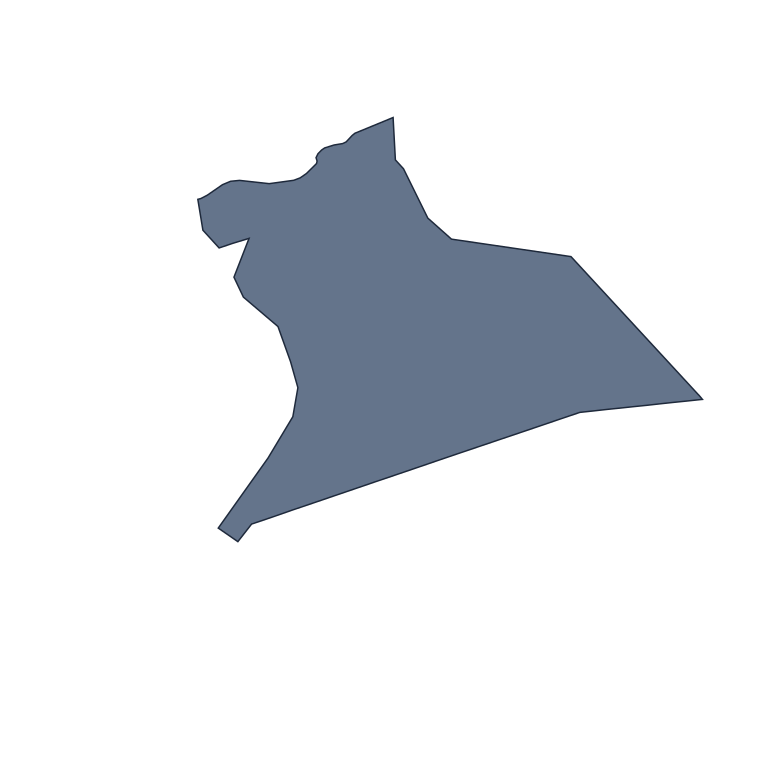 outline of Nugaal, rotated 218°
{"feature_id": "SOM-2413", "entity_name": "Nugaal", "entity_type": "Region", "adm_level": 1, "iso_a3": "SOM", "parent_name": "Somalia", "parent_adm1": "", "projection": "orthographic", "projection_center": [49.001, 8.49], "detail": "fine", "context": "isolated", "style": "filled", "palette": "slate", "viewbox_px": 768, "rotation_deg": 218, "n_neighbors": 0, "source": "natural_earth", "source_scale": "10m", "svg_char_len": 1011}
<svg xmlns="http://www.w3.org/2000/svg" viewBox="0 0 768 768"><g transform="rotate(218 384 384)"><path d="M123.6,567.9L125.5,566.1L135.1,556.8L144.8,547.5L154.4,538.2L164.0,528.8L173.7,519.5L183.3,510.2L193.0,500.9L202.6,491.5L212.2,482.2L224.1,464.1L236.0,445.9L247.9,427.8L259.8,409.7L271.7,391.6L283.6,373.5L295.5,355.3L307.3,337.2L319.2,319.0L331.1,300.9L342.9,282.8L354.8,264.6L366.6,246.5L378.5,228.4L390.2,210.2L402.1,192.1L402.1,169.8L425.9,168.4L429.8,254.2L435.7,302.1L449.6,328.1L471.3,344.0L502.9,364.0L548.3,365.9L568.0,375.8L580.0,415.7L589.8,401.7L597.7,389.7L621.4,393.7L644.4,414.9L642.5,417.4L639.5,424.0L634.0,441.6L629.7,449.3L623.2,455.5L597.8,471.2L580.5,489.0L577.0,494.8L574.7,502.1L572.9,516.2L574.0,518.5L576.9,520.5L577.8,524.9L577.2,530.0L576.1,533.5L570.5,541.6L564.6,548.0L562.9,551.4L562.1,560.2L561.3,563.7L540.9,599.6L513.0,567.6L501.1,565.6L451.6,541.7L420.0,539.7L315.1,599.5L130.2,569.2L128.6,569.0L123.6,567.9Z" fill="#64748b" stroke="#1e293b" stroke-width="1.5"/></g></svg>